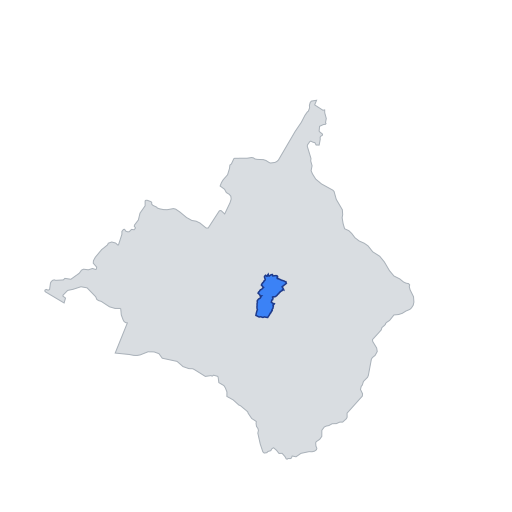 Lomela, Kasaï-Oriental, Democratic Republic of the Congo (highlighted), rotated 121°
{"feature_id": "63176286B89784390033972", "entity_name": "Lomela", "entity_type": "district", "adm_level": 2, "iso_a3": "COD", "parent_name": "Democratic Republic of the Congo", "parent_adm1": "Kasaï-Oriental", "projection": "mercator", "projection_center": [23.11, -2.397], "detail": "fine", "context": "in_parent", "style": "filled", "palette": "blue", "viewbox_px": 512, "rotation_deg": 121, "n_neighbors": 0, "source": "geoboundaries", "source_scale": "gbopen_adm2", "svg_char_len": 8234}
<svg xmlns="http://www.w3.org/2000/svg" viewBox="0 0 512 512"><g transform="rotate(121 256 256)"><path d="M411.7,326.7L379.6,331.8L380.3,333.6L380.0,335.6L379.1,337.1L375.9,341.1L371.0,344.7L371.0,345.6L373.5,349.7L375.0,355.4L374.6,365.3L375.3,368.0L375.2,370.1L373.5,372.4L370.3,384.4L372.5,390.2L378.8,395.7L382.5,399.7L388.8,401.2L389.8,400.9L390.2,397.6L395.1,396.3L395.2,417.8L394.8,419.0L393.9,419.3L392.7,418.6L392.3,416.5L391.0,415.7L384.9,418.3L383.3,418.3L381.6,417.8L380.4,416.7L380.0,415.1L375.7,408.8L373.6,408.3L371.3,402.7L361.7,398.6L358.0,398.3L356.1,397.0L354.2,392.6L350.9,389.7L350.2,386.6L349.6,386.1L347.6,386.8L346.0,391.8L343.8,392.9L339.9,393.1L330.0,391.6L323.0,389.0L321.1,389.2L318.3,386.9L317.2,383.0L317.8,380.1L317.3,379.6L306.5,382.1L304.0,383.6L301.5,383.3L300.8,382.4L301.8,380.4L301.3,378.2L300.5,377.2L297.3,376.4L296.3,374.0L294.4,373.7L293.8,374.0L293.3,375.6L292.1,376.1L285.7,375.4L279.0,377.5L270.1,376.9L265.9,379.4L265.2,379.3L264.3,378.1L263.5,374.0L263.9,372.9L265.3,372.1L265.7,370.5L265.3,366.3L265.7,365.3L265.2,362.9L263.8,359.0L262.0,355.9L257.9,351.2L257.2,349.0L257.5,343.8L258.8,335.4L258.6,329.3L257.0,325.3L256.6,321.0L257.7,313.2L256.7,311.4L236.4,310.7L235.5,310.2L235.1,309.1L236.1,304.5L223.7,305.7L220.0,306.6L217.7,308.4L216.9,310.8L216.9,314.1L215.0,317.3L214.5,322.8L211.0,323.4L207.6,323.4L201.0,322.2L194.6,323.8L191.5,325.2L189.8,324.5L184.0,325.1L183.3,324.7L176.7,313.9L173.8,310.4L173.2,308.6L173.4,307.0L172.6,304.8L169.6,299.3L169.0,296.7L169.1,292.7L168.8,291.4L166.0,287.9L164.2,286.8L162.2,286.2L129.1,286.6L118.1,286.0L110.1,286.5L106.1,286.2L104.9,285.7L101.3,286.4L99.4,287.8L96.5,288.6L94.7,288.3L91.3,284.3L96.0,283.6L96.3,283.2L96.6,273.7L95.4,272.4L97.9,270.8L101.9,266.6L105.9,265.1L106.4,264.2L107.3,264.3L108.7,266.0L112.1,268.3L116.3,266.3L116.7,265.8L117.3,261.7L118.3,261.3L120.1,262.2L121.2,262.2L123.0,261.0L128.4,259.0L129.9,261.6L128.5,264.0L129.1,265.6L129.3,268.2L130.2,268.8L134.4,269.1L135.6,268.5L144.1,259.1L146.3,258.1L149.8,254.4L154.5,252.7L156.6,249.8L159.3,244.5L160.5,237.0L160.0,224.0L160.5,222.3L166.1,216.4L171.9,205.8L175.9,203.0L178.8,201.9L183.4,198.0L187.0,194.1L186.5,189.4L187.4,185.5L189.4,180.6L190.0,175.3L189.3,169.8L189.6,165.3L192.3,158.1L192.5,149.8L195.0,142.9L199.8,134.1L202.1,127.5L201.6,121.0L202.3,116.2L202.0,113.4L201.1,111.0L201.6,109.4L203.4,108.8L205.7,106.4L209.8,100.0L214.2,96.9L217.2,95.9L220.4,96.0L222.5,96.6L225.9,99.1L229.8,101.1L232.7,103.6L235.5,107.4L242.4,108.3L245.3,109.7L247.1,110.2L247.8,109.9L249.2,110.1L252.4,111.2L255.0,110.6L267.7,113.1L269.2,111.9L272.7,105.2L275.4,102.9L279.7,102.7L283.1,103.9L284.9,104.0L300.5,98.2L302.5,97.9L308.2,99.3L311.9,98.4L313.4,98.7L316.6,97.7L319.2,93.7L321.3,92.7L343.8,97.0L347.2,94.9L348.8,94.7L353.8,96.2L355.3,98.7L358.3,100.8L360.5,104.3L363.8,106.2L365.5,108.1L367.4,109.4L371.5,109.8L376.7,106.7L380.4,107.0L384.0,108.7L385.3,108.7L388.0,106.8L389.5,104.8L390.9,104.4L393.1,105.3L394.9,107.1L396.4,109.8L402.0,115.8L407.5,118.3L408.8,122.0L410.8,121.6L411.8,122.0L413.2,124.3L414.2,124.7L414.3,125.7L413.0,127.9L411.7,132.0L413.4,134.6L412.0,138.3L411.3,142.2L413.0,143.1L415.3,143.1L417.4,145.1L419.0,145.4L420.7,147.5L420.3,149.3L415.0,155.5L406.9,163.2L404.2,164.1L402.8,165.6L401.8,167.8L399.5,169.7L397.7,170.5L397.5,176.0L394.8,181.8L393.8,182.9L392.3,192.3L392.6,193.9L391.1,201.5L391.4,208.6L387.5,210.9L384.8,214.4L383.6,216.8L383.7,222.6L379.3,226.1L378.9,226.9L380.0,231.0L381.6,231.7L381.7,233.0L385.3,237.4L385.1,250.9L385.3,252.3L387.1,255.5L388.4,261.6L387.0,269.4L391.9,283.7L389.7,288.9L390.7,294.0L393.7,299.2L400.5,304.4L402.4,306.6L404.1,309.5L405.7,313.9L411.7,326.7Z" fill="#d9dde1" stroke="#a8b0b8" stroke-width="1"/><path d="M263.8,215.9L263.7,216.1L263.6,216.3L263.3,216.6L263.2,216.6L263.1,216.8L262.8,217.0L262.7,217.1L262.8,217.2L262.8,217.3L262.8,217.6L263.0,218.1L263.0,218.6L262.9,219.1L263.0,219.3L263.2,219.9L263.2,220.2L263.2,220.4L263.2,220.6L263.5,221.1L263.6,221.4L263.6,222.0L263.6,222.3L263.6,222.6L263.8,223.0L263.7,223.2L263.7,223.5L263.7,223.8L263.8,224.0L263.9,224.8L264.1,225.1L264.0,225.3L264.1,225.6L264.1,225.9L264.2,226.0L264.3,226.1L264.2,226.3L264.1,226.5L263.9,226.6L263.7,226.6L263.5,226.8L263.4,226.8L263.1,227.0L262.9,226.9L262.7,226.7L262.4,227.0L262.2,227.4L262.2,228.0L262.3,228.3L262.5,228.8L263.2,229.7L264.3,231.2L264.4,231.3L263.5,232.3L263.4,232.4L263.5,232.6L263.8,232.9L264.1,233.1L264.3,233.3L264.5,233.4L264.7,233.7L264.8,233.7L265.0,233.7L265.1,233.8L265.6,234.0L266.1,234.2L266.3,234.2L266.5,234.4L266.8,234.5L267.0,234.4L265.4,236.1L265.5,236.1L266.0,236.2L266.6,236.2L267.0,236.2L267.3,236.1L267.6,236.0L267.8,236.2L267.7,236.4L267.7,236.5L267.8,236.7L267.8,237.0L267.7,237.2L267.5,237.8L268.0,238.0L268.4,238.1L268.9,238.2L269.1,238.2L269.4,238.1L269.6,238.0L269.9,237.7L270.6,236.9L270.8,236.7L271.0,236.3L271.1,236.2L271.4,236.0L271.6,236.0L272.0,235.9L272.3,235.9L272.7,236.0L273.0,236.1L273.2,236.3L273.5,236.3L273.6,236.2L273.8,236.2L274.0,236.1L274.4,236.2L275.1,236.3L275.4,236.4L275.5,236.4L275.6,236.5L275.8,236.4L276.1,236.5L276.5,236.5L276.8,236.6L277.3,236.5L277.9,236.5L278.2,236.4L278.3,236.2L278.4,235.8L278.4,235.1L278.5,235.0L278.9,234.3L279.0,234.0L279.0,233.7L279.0,233.4L279.7,233.6L279.9,233.7L280.2,233.6L280.5,233.7L281.4,234.0L281.8,234.2L282.4,234.5L282.6,234.8L282.8,234.8L283.1,234.8L283.3,234.9L284.6,234.9L284.9,234.9L285.4,235.2L285.7,235.2L286.1,235.2L286.8,235.1L286.8,234.9L287.0,234.0L287.2,233.4L287.2,233.2L287.3,232.9L287.5,232.6L287.9,232.1L288.1,231.9L288.0,231.7L287.6,231.2L287.3,230.7L287.7,230.8L287.9,230.8L288.1,230.8L288.4,230.7L288.7,230.7L289.0,230.8L289.3,230.8L289.4,230.7L289.5,230.7L290.0,230.7L290.4,231.0L290.5,231.0L290.8,231.2L290.9,231.3L291.4,231.5L291.5,231.6L292.0,231.7L292.6,231.8L293.1,231.9L293.4,231.9L293.5,231.8L293.9,231.8L294.0,231.8L294.8,231.1L295.2,230.9L295.3,230.8L295.9,230.7L296.1,230.6L296.4,230.5L296.6,230.4L297.2,230.0L297.6,229.7L297.8,229.6L298.1,229.5L298.3,229.4L298.6,229.3L298.8,229.1L299.1,229.0L299.2,228.9L299.7,228.6L299.9,228.5L300.1,228.4L300.3,228.2L300.5,228.0L300.6,227.9L300.8,227.7L301.1,227.4L301.3,227.1L301.8,227.1L302.3,227.0L303.1,226.8L304.8,226.3L306.2,225.8L307.0,225.5L307.0,225.3L306.9,224.8L306.8,223.3L306.8,222.5L306.5,221.6L306.2,221.3L305.7,220.8L305.5,220.3L305.4,219.5L305.3,218.9L304.9,218.2L304.2,217.7L303.9,217.5L303.7,216.8L303.4,216.1L303.2,215.4L302.8,214.6L302.7,214.3L302.0,214.3L301.4,214.3L300.4,214.2L300.0,214.2L299.6,214.2L299.3,214.2L299.0,214.2L298.4,214.3L298.2,214.2L297.9,214.2L297.5,214.3L297.3,214.3L297.2,214.1L296.8,214.2L296.7,214.1L296.4,214.2L296.0,214.1L295.7,214.2L295.4,214.1L295.2,214.1L294.8,214.0L294.4,214.0L294.2,214.3L294.2,214.5L293.6,214.6L292.8,214.6L292.2,214.6L291.7,214.6L291.3,214.9L291.1,215.0L290.8,215.2L290.6,215.2L290.3,215.2L290.0,215.3L289.8,215.4L289.7,215.6L289.6,216.0L289.4,216.1L289.1,216.2L288.8,216.0L287.7,215.6L287.4,215.6L287.4,215.8L287.5,216.1L287.7,216.4L287.8,216.9L287.9,217.0L287.9,217.4L287.8,217.8L287.8,218.0L287.8,218.6L287.8,218.8L287.8,219.0L285.7,219.7L285.4,219.7L285.2,219.4L285.0,219.2L283.4,219.7L282.9,220.5L282.7,220.7L282.3,220.4L282.2,220.4L282.1,220.2L281.9,220.0L281.8,219.8L281.7,219.6L281.4,219.0L281.2,218.8L280.8,218.5L280.2,218.2L279.6,218.0L279.5,217.9L279.2,217.8L279.0,217.7L278.4,217.7L278.2,217.7L277.8,217.6L277.5,217.6L277.4,217.5L277.0,217.4L276.8,217.2L276.6,217.2L276.4,217.1L276.2,217.1L275.9,217.1L275.6,217.2L275.4,217.2L275.0,217.1L274.9,217.0L274.8,216.9L274.7,216.8L274.4,216.8L274.2,216.7L273.9,216.8L273.7,216.7L273.4,216.5L273.3,216.4L273.2,216.3L272.9,216.2L272.7,216.1L272.4,215.9L272.1,215.9L271.9,215.8L271.7,215.9L271.6,216.0L271.3,215.8L271.2,215.8L271.1,215.5L271.2,215.4L270.9,215.3L270.9,215.2L270.7,215.0L270.7,214.9L270.6,215.0L270.4,215.1L270.3,215.3L270.2,215.5L270.0,215.9L269.9,216.0L269.7,216.3L269.6,216.5L269.5,216.8L269.4,216.9L269.3,217.2L269.2,217.3L269.1,217.6L268.9,217.8L268.7,217.7L268.3,217.5L268.1,217.5L268.0,217.4L267.7,217.3L267.3,217.2L266.9,217.0L266.5,216.9L266.2,216.8L265.6,216.5L265.1,216.4L264.8,216.2L264.5,216.1L264.3,216.1L264.1,216.0L263.8,215.9Z" fill="#3b82f6" stroke="#1e3a8a" stroke-width="1.5"/></g></svg>